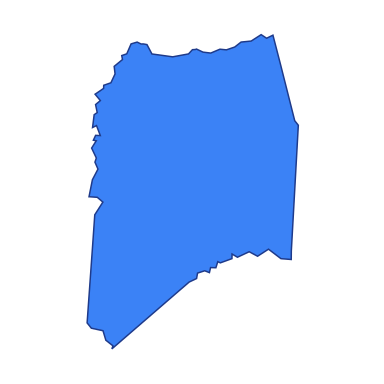 San Joaquin, California, United States of America (orthographic projection), rotated 4°
{"feature_id": "52423323B84556352970709", "entity_name": "San Joaquin", "entity_type": "district", "adm_level": 2, "iso_a3": "USA", "parent_name": "United States of America", "parent_adm1": "California", "projection": "orthographic", "projection_center": [-121.338, 37.891], "detail": "fine", "context": "isolated", "style": "filled", "palette": "blue", "viewbox_px": 384, "rotation_deg": 4, "n_neighbors": 0, "source": "geoboundaries", "source_scale": "gbopen_adm2", "svg_char_len": 1063}
<svg xmlns="http://www.w3.org/2000/svg" viewBox="0 0 384 384"><g transform="rotate(4 192 192)"><path d="M261.8,29.9L255.7,33.4L250.0,30.2L240.5,37.3L230.5,39.0L224.5,44.4L216.4,47.8L209.9,47.6L201.0,52.1L193.2,51.7L186.5,49.1L185.4,49.6L182.5,50.0L178.9,54.5L163.3,58.5L142.4,57.1L136.8,48.1L133.4,47.7L130.9,47.9L126.8,46.3L120.9,48.5L117.3,58.7L112.4,60.8L113.4,64.7L105.6,72.1L107.0,79.6L103.5,88.7L96.5,91.7L96.6,94.8L88.5,101.2L94.2,107.2L89.7,111.5L91.9,119.4L89.0,121.7L88.3,134.6L92.1,132.4L96.6,142.1L91.9,142.2L90.0,147.2L92.9,147.6L88.8,155.2L94.2,164.8L93.1,169.0L96.6,175.7L91.8,186.7L89.6,203.9L97.9,203.9L103.8,208.3L96.6,221.5L96.6,250.6L96.5,329.9L101.1,334.9L112.9,336.6L116.4,345.9L123.9,351.0L123.0,354.1L186.6,290.8L195.5,282.0L202.6,278.0L203.2,272.5L210.2,269.7L215.0,271.2L215.8,266.1L221.1,265.9L222.6,259.7L225.2,260.7L236.5,255.7L236.3,251.1L241.9,253.9L253.2,247.6L261.9,251.5L272.3,243.7L285.4,252.3L295.7,252.4L295.2,243.9L293.4,118.0L289.5,113.7L271.7,59.5L261.8,29.9Z" fill="#3b82f6" stroke="#1e3a8a" stroke-width="1.5"/></g></svg>